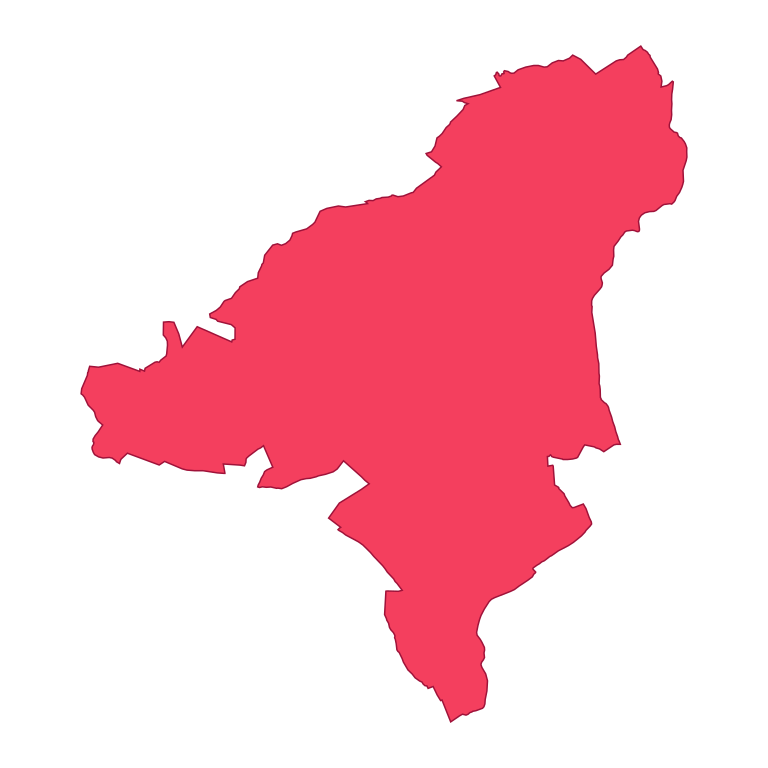 Cenade, Alba, Romania
{"feature_id": "2599482B32969381521315", "entity_name": "Cenade", "entity_type": "district", "adm_level": 2, "iso_a3": "ROU", "parent_name": "Romania", "parent_adm1": "Alba", "projection": "robinson", "projection_center": [24.001, 46.05], "detail": "fine", "context": "isolated", "style": "filled", "palette": "rose", "viewbox_px": 768, "rotation_deg": 0, "n_neighbors": 0, "source": "geoboundaries", "source_scale": "gbopen_adm2", "svg_char_len": 6041}
<svg xmlns="http://www.w3.org/2000/svg" viewBox="0 0 768 768"><path d="M673.3,81.9L672.3,81.2L668.6,84.6L666.6,85.7L661.1,87.0L661.9,81.2L660.8,76.0L658.3,74.0L658.2,73.1L658.5,72.7L658.4,72.1L657.5,69.0L650.5,57.6L650.1,56.6L650.0,55.4L648.7,54.3L647.4,52.2L645.2,50.5L643.1,49.6L640.8,46.1L627.7,55.1L626.3,57.2L623.6,59.5L619.6,59.8L616.2,60.9L595.7,74.1L580.7,59.3L572.7,55.1L569.5,58.2L563.2,60.9L558.4,60.5L552.2,62.9L547.2,66.8L544.1,67.1L538.4,65.5L533.7,65.5L525.7,67.1L518.1,69.8L514.0,73.1L511.8,73.3L510.2,72.9L508.2,71.5L504.4,70.7L503.6,72.0L504.2,73.1L503.8,73.7L502.0,73.8L500.8,75.9L500.1,76.0L499.1,75.6L498.9,74.1L497.2,72.2L496.4,72.5L495.7,74.8L494.2,75.9L500.5,87.4L479.8,94.7L463.9,98.3L456.5,100.7L462.3,101.2L464.5,102.6L468.0,103.7L464.8,105.5L463.1,109.5L456.9,116.1L450.5,122.1L450.3,123.2L449.5,124.6L446.2,127.5L442.2,133.5L439.4,136.2L437.0,137.9L435.0,146.1L431.5,151.8L426.1,153.5L427.1,155.3L435.6,162.2L437.7,163.5L441.4,166.8L435.9,172.1L434.4,175.2L416.5,188.2L413.2,192.4L411.3,192.8L403.3,196.0L397.9,196.7L393.0,195.1L391.9,195.2L391.5,195.9L388.3,197.1L381.9,197.5L380.2,198.3L376.2,198.9L373.1,200.6L369.0,200.4L365.4,201.7L366.9,202.7L367.6,203.6L345.6,207.0L338.4,206.0L326.8,208.4L320.1,211.3L314.9,222.2L312.7,224.4L306.6,228.9L295.8,232.0L292.6,233.3L292.0,235.7L289.9,240.1L285.7,243.6L281.4,245.3L277.5,243.8L272.7,245.1L264.7,255.2L263.3,262.9L261.9,264.4L261.6,265.9L258.3,272.7L257.7,278.2L247.5,281.6L239.8,286.8L239.3,288.8L235.5,292.5L231.5,298.3L225.2,300.5L224.0,301.4L220.3,307.0L216.3,310.4L209.7,314.0L210.3,317.5L216.1,319.4L217.7,321.2L231.3,324.6L235.1,327.9L235.0,339.3L232.2,340.0L231.7,341.9L197.2,326.7L182.3,347.1L178.8,334.0L173.9,322.3L169.0,321.7L163.5,322.1L163.3,335.0L165.8,337.9L167.3,341.1L167.5,345.1L166.7,353.8L166.1,356.0L160.7,360.2L159.1,362.3L157.1,361.8L155.0,362.2L145.1,368.3L144.5,371.1L139.9,369.2L139.8,371.4L117.7,363.3L98.5,367.2L89.7,366.3L88.4,370.5L88.4,371.5L87.7,372.6L87.4,375.3L81.7,388.7L81.1,393.8L82.7,395.0L84.5,397.2L88.2,405.2L93.3,410.3L94.6,412.3L95.7,416.7L97.5,420.3L98.4,421.4L102.7,425.0L98.0,432.1L95.2,435.5L93.1,439.1L93.0,441.6L93.8,442.2L93.7,443.8L93.4,444.7L92.4,446.2L92.0,447.6L92.2,449.3L93.3,452.3L94.6,454.6L98.6,456.9L103.0,458.0L109.3,457.5L112.2,458.1L115.6,460.5L116.4,461.7L119.5,463.5L120.5,460.3L121.1,459.1L127.4,453.2L159.2,465.0L164.6,461.4L182.3,468.9L187.0,470.1L194.5,470.7L203.0,470.7L217.4,472.9L224.3,473.4L224.9,473.4L224.9,473.0L223.3,464.0L240.0,465.1L244.5,465.8L245.9,462.4L246.1,459.0L246.6,458.1L248.8,456.1L258.0,449.1L260.6,447.9L263.5,445.7L272.8,467.2L266.9,469.9L264.6,471.6L263.3,474.9L261.2,478.3L259.7,482.2L258.2,485.0L257.7,486.9L259.5,487.5L262.4,486.8L266.3,487.3L270.8,487.0L276.6,488.3L277.9,488.1L281.7,488.7L286.7,486.7L292.7,483.4L300.9,479.7L306.2,478.6L310.1,478.3L316.1,476.8L318.6,475.8L325.5,474.3L333.2,471.8L337.2,469.0L343.5,460.8L361.5,476.8L364.8,480.2L369.2,483.8L361.2,489.5L339.4,503.0L328.6,518.1L340.7,527.3L339.3,528.3L338.0,529.7L339.0,530.5L342.5,532.5L345.7,535.0L358.4,541.8L362.9,545.0L370.5,552.5L373.7,556.3L382.6,565.6L384.9,568.5L387.3,572.1L393.7,578.9L395.1,581.5L397.0,583.4L402.2,590.3L398.5,591.3L387.0,591.0L385.9,591.2L384.6,614.6L386.5,618.8L386.7,620.0L388.6,623.3L389.5,627.5L390.9,629.9L393.4,632.6L394.8,635.3L394.9,636.6L394.6,637.7L395.3,639.3L396.2,643.7L396.9,649.8L397.9,651.4L399.2,652.5L402.2,658.7L403.4,662.1L408.0,670.0L412.2,674.0L415.1,677.8L419.6,681.0L422.0,682.1L423.2,684.1L425.0,685.7L426.9,685.9L428.1,688.4L433.1,686.5L437.2,695.0L440.2,699.9L440.7,700.6L442.0,700.0L450.7,721.9L459.6,715.8L462.5,714.2L466.0,715.1L468.0,714.3L469.9,712.6L472.0,711.9L472.7,711.3L475.9,710.7L482.5,708.3L483.9,706.8L484.9,703.9L485.2,699.6L486.9,691.0L487.5,680.8L485.7,673.9L481.9,667.4L481.0,664.8L481.1,663.8L481.7,662.1L483.4,659.8L484.5,657.5L484.0,652.9L484.6,650.1L484.4,647.4L482.0,642.4L480.2,639.3L477.1,635.2L476.6,632.4L478.0,625.3L479.6,619.4L481.0,615.5L484.3,609.1L489.1,601.6L491.4,599.3L494.7,597.6L510.5,591.4L514.5,589.5L518.7,586.3L527.9,580.2L532.4,576.8L533.7,574.3L535.4,572.8L535.7,572.1L533.0,569.2L532.9,568.5L533.3,567.8L537.1,565.1L539.5,563.7L541.7,561.9L544.4,560.7L549.9,556.4L551.5,555.7L558.4,550.8L568.4,545.6L573.5,542.3L581.5,535.8L585.0,532.1L586.0,530.4L590.1,526.1L591.6,524.0L591.3,521.9L589.2,517.5L586.0,508.6L583.3,504.0L574.1,507.5L572.3,507.7L570.2,505.5L568.8,502.6L564.8,495.9L564.1,493.8L559.1,488.9L558.7,488.4L558.8,487.7L558.4,487.2L554.6,485.0L553.2,466.1L552.7,465.3L547.9,466.1L547.4,456.5L548.9,456.4L550.4,454.9L551.0,455.3L551.7,456.5L553.4,457.2L562.5,459.1L563.0,459.5L567.7,459.5L572.6,459.0L576.3,458.1L577.6,457.4L583.1,447.2L584.7,444.9L594.5,446.9L595.8,447.8L599.5,448.9L603.8,451.7L613.9,444.9L616.4,444.3L620.3,444.3L619.1,441.0L618.4,439.7L617.6,436.6L615.8,431.5L614.7,426.9L612.7,421.5L611.6,417.1L609.2,410.4L608.5,407.4L607.7,405.8L606.0,403.6L604.4,402.7L601.2,399.6L601.0,398.5L600.4,397.5L600.2,389.6L599.8,386.1L599.1,383.6L599.4,376.0L599.0,373.4L598.8,363.6L597.6,357.7L597.5,354.8L596.3,346.3L595.2,333.1L591.8,312.4L592.1,306.4L591.6,305.4L591.7,300.8L592.5,298.4L594.4,295.3L600.0,289.0L601.6,286.8L602.1,285.0L602.4,282.9L601.2,279.0L601.0,277.7L601.2,276.3L604.1,273.0L609.1,269.2L612.4,265.2L613.1,259.1L613.8,256.3L613.6,249.9L614.0,246.4L618.2,241.0L620.9,236.8L622.8,235.0L624.8,232.0L626.4,231.0L632.4,230.2L634.6,230.6L636.8,231.5L637.8,231.7L638.9,231.4L639.4,230.4L639.5,229.1L638.5,221.3L639.4,217.9L641.3,215.2L644.8,212.8L649.5,211.6L653.8,211.4L656.0,210.5L662.0,205.6L663.9,204.5L669.9,203.7L671.7,204.1L673.9,202.1L675.0,200.6L676.7,196.3L679.5,192.5L681.8,187.4L682.8,184.3L683.5,181.3L683.0,170.3L686.2,160.7L686.9,157.1L686.7,151.7L686.8,147.9L685.4,143.8L684.1,141.5L681.4,138.0L679.7,137.4L678.2,135.8L677.5,133.2L676.6,132.6L674.1,132.1L670.2,128.6L669.4,127.2L669.3,124.8L669.8,122.8L671.1,119.7L671.7,114.7L671.5,110.3L671.9,103.8L671.6,99.8L671.8,94.1L672.6,89.1L673.3,81.9Z" fill="#f43f5e" stroke="#9f1239" stroke-width="1.5"/></svg>